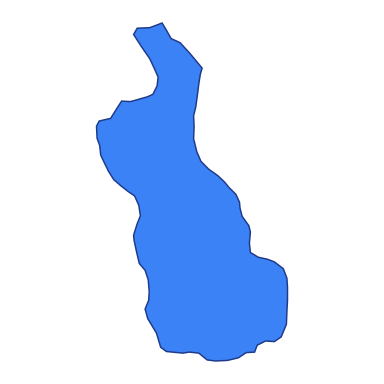 Sygkrasi, Cyprus (Mercator projection)
{"feature_id": "46923920B94821377513364", "entity_name": "Sygkrasi", "entity_type": "district", "adm_level": 2, "iso_a3": "CYP", "parent_name": "Cyprus", "parent_adm1": "", "projection": "mercator", "projection_center": [33.851, 35.292], "detail": "fine", "context": "isolated", "style": "filled", "palette": "blue", "viewbox_px": 384, "rotation_deg": 0, "n_neighbors": 0, "source": "geoboundaries", "source_scale": "gbopen_adm2", "svg_char_len": 1200}
<svg xmlns="http://www.w3.org/2000/svg" viewBox="0 0 384 384"><path d="M162.1,23.0L149.7,27.7L137.2,28.2L133.6,34.5L141.4,46.6L149.7,58.6L153.9,67.5L158.1,77.0L157.1,85.9L152.9,94.3L147.1,96.9L130.4,101.6L121.6,101.1L116.9,108.4L110.6,118.4L99.2,121.0L96.5,126.2L97.1,138.3L99.7,145.6L100.7,155.0L104.4,162.9L108.5,171.3L113.8,179.7L121.1,186.0L128.4,191.7L134.6,195.9L138.8,205.3L140.4,215.8L137.2,223.7L133.6,235.2L134.1,240.4L136.7,252.5L139.3,263.5L145.1,270.3L148.2,279.7L149.2,291.3L148.7,300.2L145.1,309.1L147.7,318.5L156.5,333.2L160.7,347.3L166.4,351.5L182.6,353.1L189.4,352.1L198.8,353.1L207.1,359.9L215.5,361.0L227.5,360.4L238.4,357.8L246.2,352.6L254.6,352.1L257.2,345.2L265.5,341.0L274.4,341.6L281.2,336.9L286.4,324.3L286.9,311.7L287.5,300.2L287.5,287.1L286.9,278.2L283.3,268.7L274.4,261.9L267.6,259.3L258.2,257.2L250.4,252.5L249.4,243.1L250.4,232.1L248.9,225.8L242.1,216.3L240.0,208.0L239.5,202.2L235.8,194.3L229.0,187.5L224.3,181.8L217.6,175.5L208.7,169.2L200.9,161.3L196.7,151.4L193.6,138.8L194.1,126.8L193.6,115.7L195.7,107.4L197.7,92.7L198.8,83.8L200.3,74.4L202.1,68.1L189.8,53.3L180.1,42.7L171.1,38.6L167.0,31.2L162.1,23.0Z" fill="#3b82f6" stroke="#1e3a8a" stroke-width="1.5"/></svg>